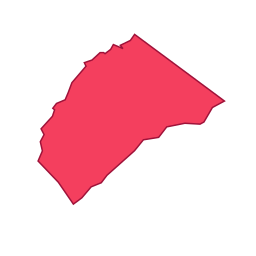 Louisa, Virginia, United States of America, rotated 290°
{"feature_id": "52423323B75388125426671", "entity_name": "Louisa", "entity_type": "district", "adm_level": 2, "iso_a3": "USA", "parent_name": "United States of America", "parent_adm1": "Virginia", "projection": "equal_earth", "projection_center": [-77.968, 37.941], "detail": "fine", "context": "isolated", "style": "filled", "palette": "rose", "viewbox_px": 256, "rotation_deg": 290, "n_neighbors": 0, "source": "geoboundaries", "source_scale": "gbopen_adm2", "svg_char_len": 664}
<svg xmlns="http://www.w3.org/2000/svg" viewBox="0 0 256 256"><g transform="rotate(290 128 128)"><path d="M108.9,141.9L122.2,146.5L128.0,157.0L129.7,160.0L142.3,164.0L151.9,179.8L156.3,194.4L159.6,197.3L176.1,200.3L179.3,203.1L186.3,209.4L201.9,157.1L218.2,102.2L211.1,100.3L203.1,92.5L200.9,96.1L201.4,85.7L195.9,84.8L190.0,81.0L190.5,79.3L189.3,76.0L179.5,70.9L174.5,64.6L171.7,67.4L151.4,59.8L140.7,59.7L133.0,59.3L126.6,52.4L120.8,50.6L120.0,52.8L113.2,53.0L97.5,46.6L93.1,51.4L85.1,50.3L77.2,55.4L66.2,54.8L53.2,81.1L37.8,102.7L46.6,108.5L60.1,113.5L63.0,116.7L67.4,121.6L76.4,124.4L108.9,141.9Z" fill="#f43f5e" stroke="#9f1239" stroke-width="1.5"/></g></svg>